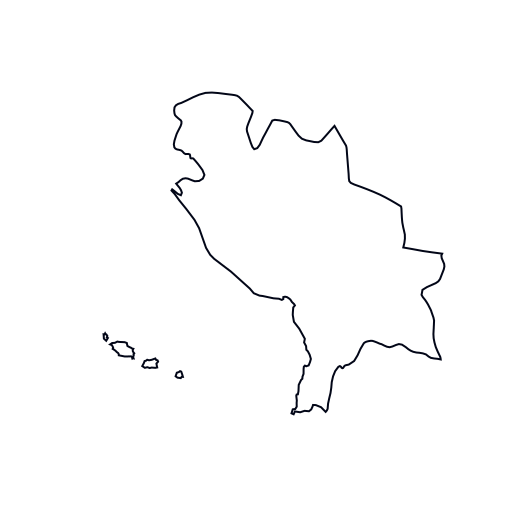 the border of Nayarit, rotated 337°
{"feature_id": "MEX-2721", "entity_name": "Nayarit", "entity_type": "State", "adm_level": 1, "iso_a3": "MEX", "parent_name": "Mexico", "parent_adm1": "", "projection": "robinson", "projection_center": [-105.251, 21.861], "detail": "fine", "context": "isolated", "style": "outline", "palette": "ink", "viewbox_px": 512, "rotation_deg": 337, "n_neighbors": 0, "source": "natural_earth", "source_scale": "10m", "svg_char_len": 5223}
<svg xmlns="http://www.w3.org/2000/svg" viewBox="0 0 512 512"><g transform="rotate(337 256 256)"><path d="M259.2,426.7L256.8,420.6L252.8,416.6L250.3,415.4L249.3,416.6L246.9,418.8L244.1,419.6L240.2,417.5L235.6,417.1L231.1,414.3L228.8,416.4L227.2,414.7L228.5,413.2L229.9,411.5L231.1,411.8L232.3,412.2L234.6,410.6L236.0,407.1L237.1,405.0L238.0,401.9L238.5,400.3L239.3,399.4L240.5,399.7L242.3,397.0L245.0,391.3L249.1,387.7L250.7,387.1L251.6,385.3L253.7,383.1L254.8,380.6L255.7,378.5L256.8,376.6L258.2,376.0L259.1,377.1L260.6,377.2L261.7,377.3L264.3,374.7L266.3,372.2L266.8,367.8L266.5,364.0L265.7,362.0L266.9,358.5L266.5,354.4L268.6,351.3L267.4,339.8L265.2,331.4L266.8,324.6L268.1,321.9L270.2,317.9L272.5,316.7L272.3,315.2L271.1,312.4L270.6,309.5L269.6,307.6L268.4,305.9L266.8,304.8L265.1,304.5L264.3,306.3L262.6,306.5L260.4,304.3L255.6,301.8L246.6,295.5L243.7,293.8L239.4,289.4L237.6,283.6L226.8,260.5L216.4,242.3L214.3,237.0L213.2,229.0L214.5,208.2L213.5,198.7L210.2,185.5L207.1,174.7L205.4,167.2L203.8,162.7L204.9,161.9L206.3,164.4L208.3,168.3L210.6,170.7L212.5,168.8L212.7,166.2L212.3,163.4L211.5,160.7L210.8,158.2L213.5,157.7L216.1,156.8L218.8,156.3L221.5,156.9L223.6,158.2L225.3,159.9L227.1,161.7L228.9,163.3L233.0,164.7L237.3,164.0L240.2,161.2L240.3,156.0L239.5,152.5L238.6,148.8L237.5,145.1L236.4,141.8L235.9,141.4L235.2,141.1L234.4,140.8L234.0,140.4L234.1,139.5L234.4,138.4L234.7,137.4L234.7,136.6L233.5,135.6L232.2,135.1L230.9,134.6L229.9,133.2L229.2,131.1L228.6,129.9L227.8,129.1L226.4,128.0L225.3,127.3L224.4,126.5L223.7,125.5L223.3,124.1L224.0,121.1L226.0,118.0L228.5,115.1L230.5,112.8L232.5,111.0L234.9,109.0L237.3,107.0L239.0,105.1L239.9,103.2L239.8,101.8L239.1,100.5L238.1,98.6L237.0,96.2L236.5,94.6L236.7,92.8L237.5,90.1L239.1,87.3L241.2,86.0L243.8,85.6L247.0,85.9L253.4,85.7L260.2,85.3L266.9,85.3L273.2,86.1L279.2,88.3L285.2,91.4L291.2,94.9L296.8,98.1L299.4,99.7L301.2,101.1L302.5,103.0L303.7,105.9L305.2,109.7L306.7,113.5L308.1,117.3L309.6,121.2L308.5,123.0L305.7,126.0L302.6,129.1L300.8,130.9L298.5,133.4L297.1,135.5L296.4,137.9L296.1,141.6L295.8,145.1L295.4,149.7L295.3,154.2L296.1,157.0L299.3,157.2L302.9,155.1L306.2,152.1L308.9,149.7L312.7,146.7L316.4,143.7L320.2,140.7L323.9,137.7L326.5,138.0L330.6,140.3L334.6,143.1L337.3,145.1L338.4,146.4L339.1,148.1L339.5,150.1L339.9,151.9L341.0,156.9L342.2,161.8L344.1,166.0L347.4,169.2L350.5,171.3L354.1,173.8L357.8,175.6L361.2,175.4L365.7,173.3L370.1,171.2L374.6,169.0L379.1,166.9L379.8,172.6L380.5,178.3L381.2,183.9L382.0,189.6L381.7,191.5L381.1,193.5L380.4,195.5L379.7,197.5L378.1,202.3L376.5,207.1L374.9,211.9L373.3,216.7L371.8,220.8L371.1,223.5L371.8,225.7L374.4,228.6L379.5,233.3L384.4,238.0L389.3,242.9L394.1,248.0L398.0,252.6L401.7,257.3L405.3,262.1L408.9,267.1L408.4,269.2L406.9,273.2L405.3,277.6L404.4,280.3L403.7,282.6L403.2,284.9L402.7,287.2L402.3,289.6L401.4,294.4L399.8,298.3L397.7,301.9L394.9,305.7L403.2,311.1L411.4,316.5L419.8,321.6L427.3,326.0L428.3,326.6L426.8,328.0L426.1,330.6L426.1,336.8L425.3,339.3L423.6,341.7L416.4,349.1L413.9,350.6L411.0,351.2L401.3,351.4L396.8,352.1L396.0,352.2L394.4,354.7L393.2,356.4L393.5,359.0L394.5,362.5L395.0,365.1L395.4,367.9L395.6,370.8L395.8,373.4L395.8,374.0L395.8,374.6L395.8,375.2L395.7,375.7L395.5,378.8L395.3,382.0L394.7,385.0L393.4,387.7L392.8,389.0L392.1,390.4L391.5,391.7L390.8,393.1L388.8,397.2L387.4,401.1L386.5,405.3L385.9,410.1L385.9,412.4L385.9,414.7L386.0,417.1L386.1,419.4L386.2,420.4L386.1,421.4L385.9,422.4L385.6,423.4L383.0,421.6L379.9,419.9L377.2,418.1L375.6,416.0L374.0,413.0L371.5,410.8L368.7,409.0L365.9,407.5L363.3,405.6L361.4,403.6L359.8,401.3L358.2,398.3L355.7,394.6L353.1,392.9L350.0,392.6L346.2,392.6L343.4,392.2L341.1,390.7L339.0,388.5L337.1,386.2L335.9,385.3L334.9,384.3L333.9,383.2L332.9,382.2L331.2,380.6L330.0,379.6L328.5,378.9L326.1,378.3L324.9,378.1L323.7,378.0L322.4,378.1L321.2,378.4L315.9,382.3L310.7,387.1L305.3,391.0L299.0,392.2L297.8,392.0L296.5,391.7L295.2,391.6L294.2,391.9L293.5,392.4L292.9,392.8L292.3,393.1L291.6,393.0L291.1,392.3L290.9,391.1L290.2,390.1L288.5,390.2L283.9,392.9L279.9,396.9L276.5,401.6L273.8,406.7L271.0,411.3L267.8,415.6L264.7,420.0L262.2,424.7L260.8,425.9L259.2,426.7ZM105.8,294.4L105.4,295.6L105.6,297.0L105.9,298.0L104.9,298.5L104.8,299.4L104.1,300.2L103.4,301.1L103.3,302.4L102.7,302.0L102.1,302.1L102.2,301.3L102.6,300.4L101.7,299.5L100.8,299.2L95.9,297.2L90.9,293.8L91.1,293.3L91.3,292.6L91.2,291.5L90.4,290.2L89.6,288.2L88.4,286.3L87.8,285.5L88.6,284.8L88.7,283.4L88.5,281.7L87.2,280.4L89.6,279.9L92.2,280.8L94.9,280.6L96.4,281.6L101.4,284.0L103.1,285.6L102.8,286.9L102.5,288.6L104.0,290.5L105.0,291.5L105.7,292.6L106.2,293.1L106.8,293.5L105.8,294.4ZM119.4,310.8L121.7,310.9L123.3,311.0L123.4,312.5L124.6,313.6L124.6,315.0L122.3,316.1L121.8,318.4L121.5,320.0L119.6,319.6L116.3,317.9L114.4,317.6L112.5,315.9L110.0,315.5L108.3,312.9L110.9,310.8L112.4,309.2L113.8,309.4L115.3,309.0L116.8,310.2L119.4,310.8ZM142.0,333.3L141.8,336.2L141.5,338.7L140.3,338.2L139.0,339.0L136.2,337.3L135.0,335.3L137.5,332.5L139.7,332.7L141.0,332.3L141.6,332.7L142.0,333.3ZM86.9,268.2L87.0,269.3L87.6,269.7L87.9,271.5L86.9,272.6L87.6,273.6L85.0,275.5L83.7,272.6L84.4,270.6L85.1,268.5L85.9,269.0L86.9,268.2Z" fill="none" stroke="#020617" stroke-width="2"/></g></svg>